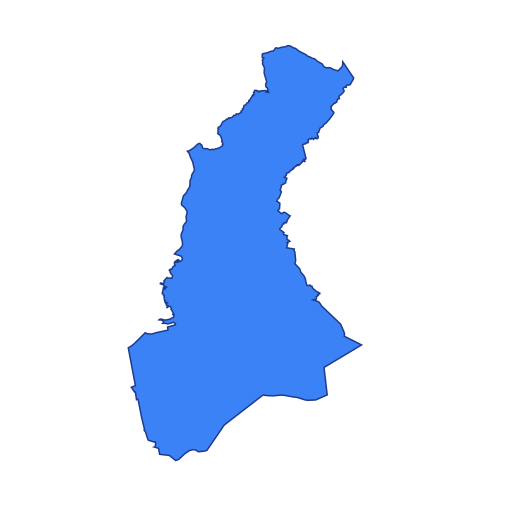 the district of Racaciuni, Bacau, Romania, rotated 97°
{"feature_id": "2599482B8693341278780", "entity_name": "Racaciuni", "entity_type": "district", "adm_level": 2, "iso_a3": "ROU", "parent_name": "Romania", "parent_adm1": "Bacau", "projection": "mercator", "projection_center": [26.919, 46.359], "detail": "fine", "context": "isolated", "style": "filled", "palette": "blue", "viewbox_px": 512, "rotation_deg": 97, "n_neighbors": 0, "source": "geoboundaries", "source_scale": "gbopen_adm2", "svg_char_len": 6071}
<svg xmlns="http://www.w3.org/2000/svg" viewBox="0 0 512 512"><g transform="rotate(97 256 256)"><path d="M464.6,327.5L464.5,317.7L468.8,310.8L467.3,307.9L460.4,302.1L457.2,298.2L456.2,295.8L455.7,293.1L457.3,289.2L456.0,283.6L455.0,281.1L427.6,266.9L393.2,232.2L393.2,227.7L392.7,221.8L391.0,214.1L390.8,211.5L391.4,201.4L391.3,198.3L392.9,189.5L392.9,186.8L391.6,179.2L385.2,168.4L358.3,174.9L331.4,140.4L324.9,158.6L322.7,158.6L320.7,159.4L313.3,163.7L297.7,184.7L294.2,187.6L293.2,190.4L292.6,193.9L291.5,191.1L290.3,190.8L289.1,191.2L287.6,189.4L286.8,189.9L286.1,189.0L285.9,188.2L285.1,188.1L283.8,191.6L281.5,195.3L280.1,196.4L279.2,196.7L278.9,198.7L278.3,199.0L279.1,201.4L278.7,202.0L275.7,203.3L272.4,204.3L269.8,206.0L266.8,209.4L263.3,211.1L259.0,216.4L255.4,216.1L247.4,217.9L245.8,218.9L244.4,218.8L244.1,226.6L239.4,226.0L238.8,226.8L237.3,224.2L236.6,225.0L235.9,226.9L235.4,227.3L233.2,227.6L232.0,227.3L231.7,228.4L231.8,229.5L231.3,231.0L230.0,231.6L229.3,231.1L226.8,235.6L226.0,235.8L223.6,233.8L222.5,233.9L221.0,232.9L220.7,232.3L220.4,232.6L219.4,231.9L219.3,230.8L219.6,230.3L219.3,229.9L217.9,229.4L217.0,229.6L212.0,227.0L211.8,227.8L209.3,232.3L209.2,233.7L210.9,235.8L208.3,239.9L206.2,238.4L201.1,238.7L200.5,238.9L199.1,242.1L197.3,241.6L195.3,240.1L190.1,238.8L189.1,238.7L187.8,240.0L187.4,239.7L186.9,240.0L184.1,239.3L182.5,239.4L181.3,237.4L179.6,235.4L178.1,235.7L176.0,234.8L175.1,234.9L174.8,235.2L174.6,237.4L171.9,235.7L170.1,235.8L170.0,235.1L169.3,234.2L169.2,233.6L166.7,231.9L166.4,231.2L165.3,229.9L164.6,230.0L164.6,229.4L163.5,229.1L163.6,228.7L162.2,227.8L161.9,227.0L161.3,226.8L161.1,226.0L160.4,226.1L160.2,225.2L160.5,225.1L160.2,224.6L160.6,224.3L157.5,221.8L156.0,221.3L156.4,219.4L156.1,219.0L155.7,219.0L154.2,220.4L153.9,218.6L153.3,218.2L140.0,223.3L139.3,222.4L138.6,220.5L138.3,220.1L137.8,220.1L137.1,218.1L136.5,218.3L135.2,217.9L134.5,218.5L133.4,217.8L133.1,216.6L133.3,216.0L133.1,215.3L132.4,215.3L132.3,214.5L132.4,213.9L133.3,213.3L131.2,211.2L132.1,210.9L132.1,209.5L131.7,208.9L129.6,208.8L128.9,209.5L126.2,210.3L125.7,208.9L121.3,208.0L119.0,205.2L117.7,205.1L115.3,202.5L110.7,199.4L105.0,196.3L103.9,196.3L101.1,199.4L99.1,199.4L98.6,199.8L95.2,197.2L94.9,196.3L94.2,196.2L94.1,195.5L93.4,194.6L91.2,194.4L90.1,193.7L90.1,192.9L89.5,192.4L87.5,193.3L84.2,190.1L81.9,188.7L80.9,188.8L79.8,189.9L78.7,189.9L77.8,188.8L77.7,187.2L77.4,186.9L76.0,187.2L75.5,186.8L74.7,183.8L74.4,183.4L68.8,181.0L67.1,180.8L65.7,182.3L52.7,193.5L56.0,193.3L57.6,193.6L62.2,197.1L61.6,201.3L60.3,204.5L60.1,205.8L60.5,208.7L60.4,210.1L60.1,211.1L59.2,212.2L57.2,213.9L55.5,218.3L53.1,221.9L52.9,224.3L51.9,226.5L51.4,229.0L50.1,230.9L47.4,238.3L45.1,242.1L44.9,243.9L43.6,246.9L43.2,249.1L43.4,250.1L44.9,252.8L45.6,255.9L47.2,259.4L46.9,261.4L47.1,261.9L50.2,263.6L51.0,266.1L53.2,270.2L54.1,273.4L54.9,274.4L58.3,274.0L58.5,272.4L59.1,272.4L60.9,273.7L62.3,272.9L64.5,273.0L68.0,270.6L73.5,270.2L81.8,266.6L84.3,267.4L85.6,267.1L87.2,266.5L87.6,265.5L88.5,265.0L90.9,264.1L92.0,263.4L92.1,265.9L91.3,265.3L90.7,265.5L90.7,267.9L91.1,268.9L91.2,270.4L91.6,271.1L91.6,271.9L92.9,273.1L92.0,273.8L92.1,274.8L91.8,274.7L91.6,275.7L91.7,277.3L92.0,277.7L93.4,277.6L94.0,278.4L95.3,277.7L96.9,277.9L96.4,278.6L96.5,278.9L99.0,279.8L102.3,281.5L102.8,281.3L103.0,281.8L102.9,282.1L104.3,282.0L105.3,283.7L107.2,284.6L108.1,286.3L110.3,286.4L111.2,286.8L111.5,287.4L112.7,287.0L114.1,288.5L115.5,288.3L117.3,291.2L117.3,292.9L118.5,293.1L119.0,293.9L119.1,295.3L119.9,295.5L121.4,296.9L122.2,298.5L122.1,299.9L123.8,301.0L123.8,301.9L125.5,303.2L126.6,305.2L130.6,306.8L131.8,307.5L132.8,309.0L133.8,309.4L134.8,308.7L136.0,309.1L137.6,308.7L138.7,309.0L139.9,308.1L139.9,307.1L141.3,305.7L145.3,303.7L146.4,304.1L148.1,302.7L149.3,302.9L149.8,302.4L151.1,303.2L153.0,305.4L154.6,308.8L154.9,310.1L155.6,311.0L155.4,312.7L156.1,313.8L156.1,315.0L155.4,317.7L155.7,320.2L155.6,321.6L155.0,322.3L152.4,323.4L152.4,324.2L151.2,325.2L151.1,325.9L152.2,327.7L155.7,330.5L158.3,333.4L159.5,334.9L160.3,336.9L162.5,334.7L165.6,333.3L170.2,330.4L177.3,327.8L179.0,327.7L182.3,329.3L184.0,329.7L186.5,329.7L188.6,330.6L195.2,330.2L199.5,332.2L201.3,332.6L205.0,335.3L212.6,336.5L214.4,336.1L216.7,332.6L219.5,330.3L221.5,329.6L225.4,330.3L230.2,329.1L233.3,331.1L235.6,332.0L238.8,331.6L243.7,332.9L246.3,332.6L251.2,330.7L254.2,330.3L255.3,330.5L258.9,332.9L260.4,334.7L263.9,337.2L265.3,330.3L267.0,328.9L268.2,328.7L269.3,329.4L269.6,329.2L271.4,332.1L271.5,333.0L271.9,333.7L271.9,334.3L269.5,332.0L269.0,333.0L271.9,336.1L273.8,336.0L274.9,335.2L275.4,335.2L275.7,336.0L277.0,337.2L279.5,338.1L279.5,339.0L280.1,340.2L281.0,340.2L281.1,339.6L282.9,339.1L283.9,338.3L284.4,337.4L286.2,336.3L288.4,337.0L288.4,339.3L288.7,340.6L288.2,341.7L292.0,344.4L292.5,343.7L294.5,344.3L294.5,347.5L295.2,347.6L296.0,344.3L296.6,343.4L297.2,343.3L297.7,340.9L298.4,341.5L298.2,343.5L298.3,344.0L299.8,344.0L299.9,343.1L299.5,342.7L299.5,342.2L300.1,342.4L300.1,344.1L304.6,344.5L304.9,343.8L305.9,343.4L306.3,342.2L307.5,342.4L307.7,342.1L309.2,342.0L311.4,341.3L311.5,340.8L311.8,341.1L313.3,340.5L313.6,340.1L313.0,338.8L313.2,338.1L314.6,339.4L315.7,338.9L315.7,338.3L316.1,337.3L316.9,337.5L317.7,338.3L318.0,338.2L318.0,337.7L316.9,336.9L316.3,335.3L318.0,333.8L318.5,333.6L319.2,333.9L322.7,331.0L323.9,330.5L323.8,332.1L324.4,331.0L325.6,330.1L327.0,330.5L328.4,332.9L329.2,333.4L329.4,334.7L330.1,336.0L330.1,336.8L330.7,338.1L330.7,339.2L330.1,342.5L330.8,344.2L331.2,344.5L331.1,342.0L331.6,340.7L332.7,339.8L333.4,339.8L334.2,340.4L333.9,337.4L334.2,335.3L331.8,329.6L332.7,328.3L334.1,327.5L337.3,335.2L340.2,334.3L340.6,335.2L344.0,345.0L346.2,350.2L346.4,354.3L345.7,356.6L358.1,366.4L360.4,368.6L362.7,371.6L399.4,359.9L401.5,363.8L406.0,359.7L405.7,359.1L413.2,357.1L412.5,355.9L413.2,355.4L429.8,350.0L441.5,345.6L442.7,345.8L443.9,344.4L450.7,341.2L452.0,340.4L453.1,334.1L452.8,333.6L452.9,333.2L454.4,332.7L457.6,332.9L458.0,333.7L458.8,329.3L464.6,327.5Z" fill="#3b82f6" stroke="#1e3a8a" stroke-width="1.5"/></g></svg>